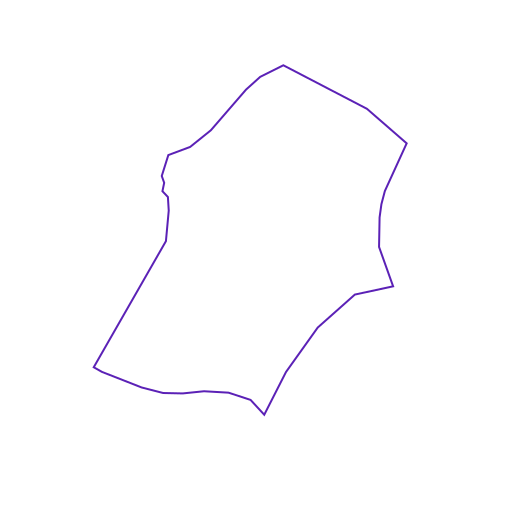 outline of Rio Claro-Mayaro, rotated 35°
{"feature_id": "TTO-55", "entity_name": "Rio Claro-Mayaro", "entity_type": "Region", "adm_level": 1, "iso_a3": "TTO", "parent_name": "Trinidad and Tobago", "parent_adm1": "", "projection": "mercator", "projection_center": [-61.112, 10.272], "detail": "fine", "context": "isolated", "style": "outline", "palette": "violet", "viewbox_px": 512, "rotation_deg": 35, "n_neighbors": 0, "source": "natural_earth", "source_scale": "10m", "svg_char_len": 545}
<svg xmlns="http://www.w3.org/2000/svg" viewBox="0 0 512 512"><g transform="rotate(35 256 256)"><path d="M314.8,77.3L324.3,128.9L329.0,141.6L335.1,153.5L351.6,178.0L385.7,202.2L359.1,230.9L347.6,279.2L347.1,333.8L353.8,381.3L334.1,377.0L311.9,383.7L291.0,396.6L274.8,410.6L258.5,421.5L237.7,429.3L196.3,439.3L186.9,440.2L173.7,295.5L158.5,268.9L150.0,258.2L142.2,256.6L138.8,248.7L132.9,244.5L126.3,223.6L139.5,204.4L146.9,178.9L152.4,125.4L156.7,106.8L169.0,84.1L262.5,71.8L314.8,77.3Z" fill="none" stroke="#5b21b6" stroke-width="2"/></g></svg>